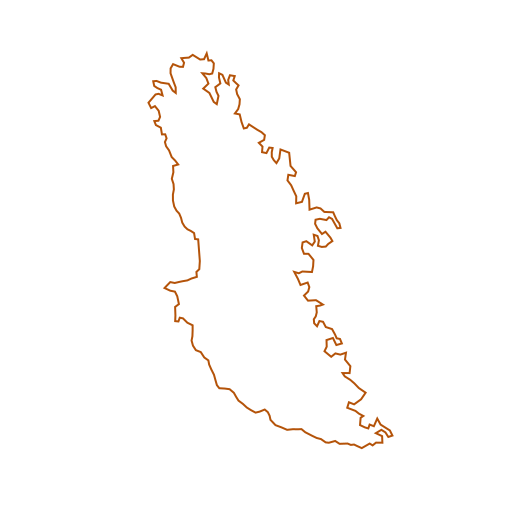 outline of Santa Izabel do Oeste, Paraná, Brazil, rotated 348°
{"feature_id": "56859067B10630725090155", "entity_name": "Santa Izabel do Oeste", "entity_type": "district", "adm_level": 2, "iso_a3": "BRA", "parent_name": "Brazil", "parent_adm1": "Paraná", "projection": "equal_earth", "projection_center": [-53.411, -25.778], "detail": "fine", "context": "isolated", "style": "outline", "palette": "amber", "viewbox_px": 512, "rotation_deg": 348, "n_neighbors": 0, "source": "geoboundaries", "source_scale": "gbopen_adm2", "svg_char_len": 3930}
<svg xmlns="http://www.w3.org/2000/svg" viewBox="0 0 512 512"><g transform="rotate(348 256 256)"><path d="M330.7,465.5L334.6,463.5L340.8,464.9L341.9,458.4L336.4,454.2L342.5,452.1L345.9,455.4L347.8,460.5L352.1,460.0L350.7,454.5L346.9,450.8L342.8,446.8L340.8,440.2L335.9,447.0L332.1,444.5L330.0,448.0L326.9,446.3L322.6,443.0L324.7,436.0L327.7,434.8L323.9,431.6L321.1,428.2L313.7,423.4L316.5,418.4L321.1,421.5L325.2,419.7L329.0,418.0L334.8,412.5L329.1,406.5L325.7,401.0L322.5,396.8L317.8,392.2L316.3,388.5L323.2,390.0L325.4,383.4L321.5,375.8L323.9,369.3L318.0,370.0L313.4,367.8L308.6,370.2L303.2,363.4L306.3,359.4L307.5,352.9L314.2,352.2L316.1,359.8L321.8,359.4L320.9,354.6L317.8,353.3L317.0,349.3L315.2,343.3L309.5,340.0L307.9,334.3L304.5,332.8L301.1,337.4L298.9,333.9L299.4,329.9L301.9,327.5L303.7,323.8L304.5,317.6L308.3,317.8L311.3,317.4L305.5,311.7L297.6,310.5L294.7,304.7L299.6,301.6L301.7,297.5L301.0,292.7L293.5,293.6L292.3,287.3L290.1,279.5L294.3,281.8L298.1,280.8L307.4,283.3L309.7,278.0L311.4,271.8L307.8,264.8L303.4,263.8L302.5,257.7L304.4,252.4L308.3,252.0L313.2,257.3L316.5,254.1L316.9,247.2L320.3,249.2L320.8,253.7L318.7,258.9L322.2,260.8L326.2,261.3L329.2,259.2L333.8,257.3L332.6,253.5L329.0,246.7L325.1,248.2L321.8,241.7L320.5,236.8L321.8,232.9L326.2,232.9L332.4,235.5L335.5,233.3L338.1,235.5L341.3,245.8L344.5,246.1L344.3,241.4L342.5,237.7L341.4,233.3L340.6,229.3L332.0,227.1L329.0,222.9L325.4,221.1L318.0,221.8L319.7,212.1L319.9,205.2L316.7,205.3L312.2,212.6L306.2,212.8L307.8,206.0L306.3,199.6L305.1,194.1L302.5,188.6L304.5,183.3L310.6,185.9L312.6,182.4L308.5,175.1L309.9,161.9L302.1,156.9L299.0,165.4L295.3,169.4L293.3,165.9L292.1,162.2L293.0,157.7L294.7,153.8L291.5,152.7L287.6,157.5L283.5,155.7L285.1,150.3L282.3,145.9L288.1,144.1L289.8,139.7L287.1,136.0L283.5,132.8L279.0,128.3L276.5,125.8L273.7,128.7L270.6,128.7L269.7,121.8L269.5,114.1L265.0,112.2L269.1,108.6L271.4,104.2L272.8,99.3L271.2,93.7L271.2,89.0L274.4,85.5L272.3,82.6L270.3,79.6L272.6,75.6L268.1,73.8L265.4,78.0L265.0,82.6L262.6,80.2L260.8,71.8L257.9,69.6L256.9,73.6L257.0,79.8L251.3,82.4L251.5,87.1L252.6,91.6L249.2,99.3L246.7,96.5L244.3,86.8L239.2,81.3L245.3,77.5L244.4,71.6L241.5,66.1L244.5,67.0L248.1,68.5L251.1,68.4L253.3,64.1L254.8,58.8L253.1,55.3L250.1,54.9L249.9,47.6L246.1,52.7L242.2,52.2L235.9,46.1L231.6,48.0L227.5,47.4L224.1,47.0L225.8,52.0L223.9,55.8L220.6,55.0L214.8,51.1L211.5,54.7L210.4,59.5L211.6,68.5L212.5,74.3L211.4,79.8L208.9,76.9L206.4,69.4L199.1,66.7L195.1,64.1L191.8,63.7L191.8,68.5L194.4,71.2L197.7,73.6L198.0,79.5L194.4,77.1L191.3,77.1L187.3,80.2L182.7,83.7L184.2,89.5L188.3,88.4L191.0,93.7L191.1,100.0L188.7,103.4L184.6,102.9L185.3,107.1L189.6,110.7L189.3,117.5L192.5,118.1L193.0,122.3L190.6,125.6L190.9,130.0L192.9,134.6L194.1,141.7L196.8,145.9L198.9,150.3L193.6,150.7L192.6,156.9L189.7,163.0L190.3,168.5L189.5,173.8L187.5,178.6L186.3,184.4L186.3,190.6L187.7,195.2L189.7,198.5L190.6,203.1L190.8,208.0L192.3,212.4L194.5,215.6L197.4,217.9L200.2,220.7L199.9,226.7L202.9,227.7L200.0,249.3L197.8,257.1L194.4,259.2L193.8,264.1L188.2,264.6L183.8,265.6L178.8,265.4L175.2,265.4L170.9,265.5L166.7,263.7L162.8,266.3L159.9,268.3L164.9,272.1L169.3,274.0L170.6,279.0L170.6,287.0L166.3,289.0L164.8,297.5L163.4,302.9L166.5,303.9L168.6,300.5L171.6,301.8L175.0,307.0L179.6,310.6L178.5,315.8L177.1,321.3L175.4,325.3L175.7,330.6L177.6,335.6L182.0,338.5L184.3,344.5L187.7,348.2L187.6,352.4L188.7,357.7L190.2,363.4L190.5,368.5L190.9,374.2L192.6,377.7L198.0,379.2L202.5,380.8L205.9,385.2L207.3,389.7L208.8,393.8L212.4,397.9L215.5,402.3L219.0,405.7L223.0,409.1L227.1,409.0L232.6,408.0L235.1,411.2L236.1,415.1L236.1,419.3L239.9,425.5L245.1,428.8L250.3,432.5L256.2,433.1L260.4,434.1L264.5,434.8L267.5,438.6L273.5,443.5L277.5,446.6L281.5,448.6L285.4,452.8L288.4,453.8L295.0,453.4L298.7,457.1L302.7,457.8L306.6,458.5L309.5,460.5L312.7,460.8L315.4,462.9L319.5,465.9L328.2,463.1L330.7,465.5Z" fill="none" stroke="#b45309" stroke-width="2"/></g></svg>